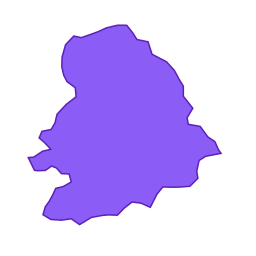 Muju-gun, North Jeolla, South Korea (Natural Earth projection), rotated 277°
{"feature_id": "91817680B53198155341948", "entity_name": "Muju-gun", "entity_type": "district", "adm_level": 2, "iso_a3": "KOR", "parent_name": "South Korea", "parent_adm1": "North Jeolla", "projection": "natural_earth1", "projection_center": [127.7, 35.921], "detail": "fine", "context": "isolated", "style": "filled", "palette": "violet", "viewbox_px": 256, "rotation_deg": 277, "n_neighbors": 0, "source": "geoboundaries", "source_scale": "gbopen_adm2", "svg_char_len": 1039}
<svg xmlns="http://www.w3.org/2000/svg" viewBox="0 0 256 256"><g transform="rotate(277 128 128)"><path d="M212.7,63.0L203.1,55.9L190.2,53.9L180.4,54.9L172.5,57.8L166.6,61.8L161.6,70.7L152.7,72.7L143.9,63.8L133.0,55.9L124.1,54.9L117.2,51.9L114.2,43.0L107.3,41.0L103.4,46.9L97.5,53.9L94.5,46.0L87.6,38.0L86.5,32.6L74.6,40.3L74.6,43.5L75.8,51.1L80.9,56.8L79.6,61.8L74.6,67.5L75.2,75.1L67.6,78.3L61.9,70.7L59.4,63.7L51.8,61.2L45.5,58.7L39.8,55.5L31.6,54.2L27.8,62.5L28.4,73.2L31.0,82.7L26.2,91.7L34.8,102.6L38.1,113.2L39.3,118.8L40.2,128.1L48.1,134.1L55.0,141.0L55.0,149.9L52.0,159.8L65.8,164.8L73.7,169.7L74.7,179.7L75.6,186.0L75.7,186.6L77.7,196.5L86.6,203.5L93.5,201.5L104.4,202.5L109.3,208.4L114.2,223.4L117.5,220.4L125.1,215.9L128.9,208.3L138.4,199.4L139.0,187.4L145.3,185.4L155.5,189.9L166.2,179.1L176.3,177.8L182.6,172.8L190.8,167.0L198.4,158.2L204.1,142.9L216.0,137.4L216.9,126.1L222.9,121.2L229.8,114.2L228.8,105.3L224.8,94.4L219.9,86.5L215.9,78.6L212.0,70.7L212.7,63.0Z" fill="#8b5cf6" stroke="#5b21b6" stroke-width="1.5"/></g></svg>